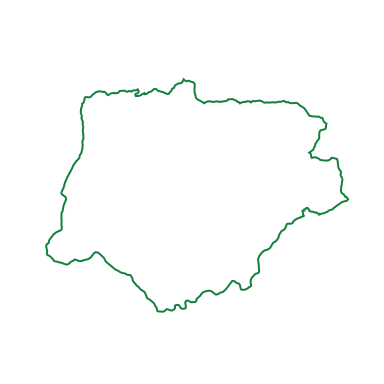 outline of Argelia, Cauca, Colombia, rotated 261°
{"feature_id": "7082276B47350774570245", "entity_name": "Argelia", "entity_type": "district", "adm_level": 2, "iso_a3": "COL", "parent_name": "Colombia", "parent_adm1": "Cauca", "projection": "albers", "projection_center": [-77.261, 2.327], "detail": "fine", "context": "isolated", "style": "outline", "palette": "green", "viewbox_px": 384, "rotation_deg": 261, "n_neighbors": 0, "source": "geoboundaries", "source_scale": "gbopen_adm2", "svg_char_len": 5981}
<svg xmlns="http://www.w3.org/2000/svg" viewBox="0 0 384 384"><g transform="rotate(261 192 192)"><path d="M156.9,39.7L155.4,39.6L153.9,39.0L152.7,39.2L152.0,39.8L151.7,40.6L150.6,41.8L147.9,43.9L145.5,45.0L144.8,46.2L144.1,48.4L143.4,49.6L142.4,52.1L139.9,56.7L140.2,58.7L142.0,61.6L142.8,64.1L143.7,65.5L143.3,66.6L141.8,68.9L141.2,70.5L141.1,72.6L141.6,74.0L141.8,78.1L142.4,80.1L143.2,81.8L146.6,85.3L147.5,86.8L147.5,87.9L146.7,90.0L140.7,94.7L136.8,96.0L127.6,104.0L125.3,107.3L124.0,108.6L123.3,109.8L122.6,111.2L122.2,112.8L120.2,115.4L119.8,117.7L119.3,118.3L116.7,119.4L115.8,119.6L113.5,119.8L112.8,120.1L107.8,123.0L106.7,124.3L103.8,126.0L101.1,129.1L100.2,129.6L99.4,130.0L94.6,130.9L94.0,131.3L91.8,133.9L90.5,134.9L88.8,136.5L87.3,137.3L85.1,138.0L83.7,138.7L79.8,139.2L79.4,139.9L78.7,142.6L78.3,145.2L78.9,146.7L80.2,148.6L80.0,149.5L79.6,150.3L78.4,152.3L78.1,153.3L78.2,153.9L78.4,154.8L79.1,156.3L79.7,156.8L80.4,157.1L82.0,157.3L82.6,157.7L82.9,159.3L82.6,160.7L82.1,161.5L79.0,162.8L78.2,164.3L77.9,165.3L78.0,166.6L78.3,167.4L78.9,167.8L79.7,168.0L83.6,168.0L85.1,168.7L85.3,169.2L85.5,169.9L85.3,171.4L84.2,172.5L83.3,173.8L82.8,177.7L83.4,179.0L85.7,179.9L88.4,184.1L90.4,185.9L91.5,188.1L91.9,191.7L91.9,193.3L91.3,195.0L90.3,196.4L87.2,199.1L86.9,199.8L87.1,202.2L88.1,203.6L88.4,206.9L89.8,209.0L91.0,210.7L95.5,215.3L96.4,216.5L97.8,217.7L97.6,219.3L97.2,220.0L95.3,221.6L94.3,223.7L93.8,224.3L92.3,224.8L89.8,224.9L88.2,225.2L87.7,225.8L87.4,227.3L87.4,229.7L87.6,230.5L88.5,232.7L89.0,233.2L89.3,234.0L89.3,234.7L89.8,235.5L90.5,235.8L93.7,235.8L96.0,236.3L98.0,237.6L101.0,241.5L101.3,242.5L101.6,244.8L102.1,245.4L103.5,246.0L104.6,246.2L107.0,246.2L110.5,246.6L115.3,246.7L118.1,248.4L121.0,251.3L122.0,252.7L123.0,254.8L123.1,257.1L124.3,260.0L124.8,260.6L129.1,264.1L129.9,266.3L131.3,268.4L132.0,269.0L133.5,270.4L135.7,271.1L138.2,273.2L139.4,274.3L140.3,276.9L140.7,277.5L142.4,279.0L144.2,279.9L145.4,280.7L145.7,281.3L145.7,282.1L145.2,284.4L145.3,285.8L145.8,286.7L146.7,287.1L148.1,288.9L148.8,290.5L149.0,291.4L149.4,292.0L149.7,294.2L150.3,295.8L150.3,296.8L150.8,298.6L151.1,298.7L151.6,298.1L153.7,298.5L155.1,298.1L156.0,298.1L156.4,298.9L156.1,300.0L157.0,300.0L157.4,301.3L158.0,301.7L158.2,302.4L158.3,303.2L158.2,303.7L157.4,304.0L156.2,305.0L155.0,304.9L154.4,305.6L153.4,308.9L152.9,309.4L152.4,310.4L152.5,311.6L151.5,312.2L150.9,313.1L150.6,314.1L149.8,314.0L149.7,314.5L150.4,316.1L150.3,318.5L151.4,322.8L152.4,324.5L152.9,328.2L153.9,329.3L156.0,333.4L156.7,334.2L157.0,335.7L158.3,337.8L158.6,338.6L158.9,340.8L159.1,343.5L160.3,345.0L161.5,344.7L162.1,344.1L163.1,343.6L163.3,342.6L165.4,341.8L166.1,341.2L166.8,340.4L168.2,339.4L169.2,339.3L170.1,339.3L172.2,339.9L173.9,340.2L175.1,340.6L176.0,341.2L177.9,341.5L179.8,342.3L182.1,342.5L183.0,342.3L184.2,341.7L185.7,341.4L188.0,342.3L188.5,342.3L192.8,340.5L194.6,340.4L200.6,340.7L202.0,340.3L203.9,336.0L203.9,334.9L203.1,334.5L202.6,333.8L201.9,331.5L202.2,328.2L203.1,325.7L203.3,324.3L203.9,323.4L205.4,322.1L206.8,319.9L207.1,318.2L207.0,315.6L207.7,315.3L210.5,315.3L211.6,315.0L212.5,313.9L214.8,318.4L216.2,319.1L218.4,320.8L220.5,321.5L221.0,322.2L223.3,324.1L223.9,325.0L225.1,326.1L227.9,326.4L230.7,327.1L232.0,327.7L232.9,329.2L233.2,332.8L233.7,333.8L234.3,334.2L237.5,335.0L238.5,335.5L240.1,333.8L241.2,333.1L244.1,332.5L245.0,332.0L245.1,330.9L245.3,330.5L246.4,329.4L246.8,328.6L246.8,326.7L247.3,325.9L247.7,323.2L249.0,319.9L255.7,316.8L257.6,315.6L259.2,313.8L260.4,312.2L263.1,310.2L263.7,308.9L264.2,303.5L264.9,302.2L265.6,301.2L265.8,300.9L265.7,299.7L266.3,298.6L267.3,297.6L267.5,297.0L267.6,296.4L267.2,294.1L267.6,291.8L267.3,288.9L268.1,285.2L268.2,281.9L268.7,280.3L268.8,277.8L269.4,276.7L270.5,275.4L271.7,273.4L271.8,268.5L272.3,266.2L272.0,265.2L271.3,264.2L272.2,263.6L273.1,260.7L272.5,259.3L272.9,256.9L272.7,255.2L272.0,253.2L273.2,252.6L274.0,250.9L274.6,250.7L275.5,249.8L277.5,246.3L277.8,241.9L276.9,241.4L276.6,240.0L276.6,235.6L276.8,234.1L276.6,233.1L277.7,230.8L277.6,227.0L278.3,225.4L278.6,223.8L279.0,223.3L278.8,220.5L278.5,219.3L277.8,218.3L277.7,217.8L279.2,216.4L282.7,211.8L283.6,211.2L285.0,210.5L286.3,210.6L289.8,210.1L290.6,210.2L292.9,210.5L297.6,211.5L298.1,211.5L299.4,211.0L300.2,210.4L301.1,208.2L302.2,206.7L302.4,205.7L302.2,204.3L302.4,203.5L303.4,202.3L304.6,201.4L302.4,199.9L301.7,199.1L301.3,198.4L301.2,197.5L301.4,195.7L300.2,192.3L299.0,191.2L297.7,190.7L297.4,189.3L296.9,188.4L295.0,187.2L293.6,185.3L292.6,184.4L292.5,183.7L293.0,182.3L294.9,179.5L297.2,174.5L297.9,173.7L299.1,172.9L299.6,171.2L299.5,170.3L297.6,167.4L297.4,165.2L296.0,162.4L295.9,160.9L296.1,160.3L297.1,160.3L295.3,155.4L295.4,152.8L295.6,151.5L296.6,151.2L297.6,151.5L298.3,154.1L298.6,154.5L299.8,155.1L301.9,154.4L301.3,153.2L301.2,152.6L301.6,149.9L301.4,149.2L300.6,148.1L301.7,145.8L301.1,144.1L301.2,143.2L302.6,141.2L303.1,136.8L302.2,135.3L301.4,134.3L301.4,131.8L302.0,131.0L302.1,128.3L302.0,127.2L300.8,124.4L301.2,123.6L303.4,122.4L304.7,121.2L304.8,119.4L305.2,118.8L306.1,115.4L305.5,112.5L303.4,108.8L301.8,106.7L301.5,105.1L302.2,103.0L302.3,101.4L302.1,101.1L301.6,100.7L300.3,100.4L299.7,99.9L298.6,99.6L297.2,98.9L296.4,97.3L295.8,97.1L294.8,97.2L292.0,95.6L288.7,94.7L287.5,94.6L284.1,95.1L283.2,94.9L282.6,94.4L280.9,94.5L278.3,95.2L276.1,94.6L274.0,94.8L272.4,94.6L269.9,93.7L268.0,93.8L262.1,93.2L261.4,93.0L259.9,92.0L258.6,91.5L255.5,91.4L251.2,90.3L249.4,89.4L248.2,89.0L245.8,87.0L244.9,86.5L243.6,86.2L243.0,85.8L239.9,81.8L236.5,78.7L234.8,77.7L231.6,75.4L226.8,71.7L221.7,68.3L215.8,65.6L215.2,65.0L211.9,62.9L211.1,62.8L209.8,63.4L207.3,65.9L206.4,66.5L204.6,66.5L203.8,66.2L198.9,63.1L192.9,61.0L192.0,60.0L191.1,59.7L186.4,58.9L184.0,58.8L182.2,58.3L179.8,57.9L177.6,58.0L175.8,57.5L175.1,56.9L174.5,55.7L173.9,53.0L173.3,51.3L171.9,48.8L167.5,44.1L165.9,43.0L165.1,42.9L164.1,42.4L163.0,40.4L162.4,39.8L160.3,39.4L156.9,39.7Z" fill="none" stroke="#15803d" stroke-width="2"/></g></svg>